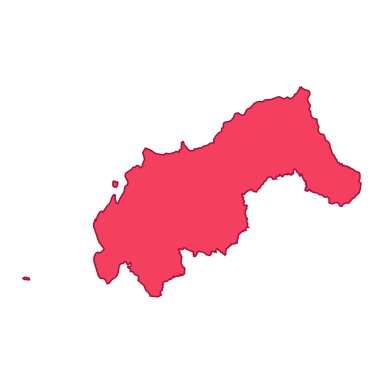 the district of Thung Wa, Satun, Thailand
{"feature_id": "78962969B89746829348507", "entity_name": "Thung Wa", "entity_type": "district", "adm_level": 2, "iso_a3": "THA", "parent_name": "Thailand", "parent_adm1": "Satun", "projection": "robinson", "projection_center": [99.848, 7.08], "detail": "fine", "context": "isolated", "style": "filled", "palette": "rose", "viewbox_px": 384, "rotation_deg": 0, "n_neighbors": 0, "source": "geoboundaries", "source_scale": "gbopen_adm2", "svg_char_len": 6071}
<svg xmlns="http://www.w3.org/2000/svg" viewBox="0 0 384 384"><path d="M361.0,183.3L358.8,181.3L358.9,180.5L359.8,179.3L359.9,175.8L360.0,174.7L359.2,172.6L355.9,171.4L352.4,169.0L350.3,168.1L349.6,167.2L347.9,167.6L347.7,166.6L346.9,166.1L345.9,166.3L344.5,165.9L344.2,165.4L342.9,166.1L341.9,163.6L341.3,164.1L341.0,163.5L341.0,164.1L340.1,164.8L339.3,162.8L338.9,163.1L337.3,161.8L336.5,159.2L335.5,158.7L334.9,157.6L334.9,156.6L334.0,155.8L333.7,154.7L332.4,154.0L331.0,149.2L330.2,148.2L329.8,144.3L328.6,142.1L325.3,139.7L324.9,137.2L323.7,134.6L320.3,133.8L318.7,132.2L318.1,129.7L318.9,126.8L317.4,123.9L316.9,121.3L317.0,119.3L313.4,118.3L312.0,117.2L310.8,115.2L310.7,111.5L308.9,109.3L310.5,105.6L308.1,101.6L307.5,98.9L309.8,94.4L309.9,93.3L309.4,91.7L308.6,90.8L302.9,88.9L301.5,87.2L301.2,87.7L299.7,87.4L299.3,89.4L298.6,90.0L296.6,93.7L295.0,94.1L293.7,96.6L291.3,98.5L289.2,98.4L288.4,97.5L287.2,97.1L284.7,98.7L283.7,98.8L279.9,97.0L278.3,96.8L270.9,99.6L265.2,99.9L262.8,101.6L258.2,101.6L254.6,103.2L250.2,107.9L247.5,109.1L246.2,110.6L244.4,114.7L243.9,115.0L241.3,115.1L238.0,112.9L235.3,113.5L234.4,114.7L233.5,117.5L231.2,120.5L228.9,121.5L225.0,122.2L223.8,123.0L223.2,125.1L223.4,127.0L221.7,128.4L221.3,131.8L219.2,132.5L215.5,136.3L214.7,138.4L213.8,139.2L214.0,142.9L210.5,143.1L207.3,145.3L202.6,146.7L201.6,148.2L199.2,147.9L196.2,149.1L194.8,148.7L193.2,150.7L189.8,150.8L187.3,148.5L185.8,146.5L184.3,145.5L183.9,143.2L183.3,141.7L182.7,141.6L181.4,142.8L181.3,143.9L181.7,144.8L181.1,146.9L181.7,147.9L181.1,149.3L179.1,150.2L179.3,152.0L175.9,151.5L174.2,152.6L169.1,153.9L165.9,153.3L163.6,154.9L155.9,153.7L150.2,149.9L145.4,148.1L142.8,152.6L144.5,158.6L144.3,160.1L142.6,163.8L142.1,166.7L141.0,167.8L138.4,165.6L136.6,165.6L135.0,167.3L133.6,167.2L132.5,167.8L132.2,168.9L126.1,173.0L125.3,174.3L125.1,176.1L128.0,182.1L127.6,184.8L126.1,185.4L124.8,187.3L123.9,192.6L123.0,193.4L121.1,196.6L118.7,201.2L117.9,203.6L116.4,203.2L115.0,197.6L115.4,195.6L115.1,195.1L113.7,194.7L112.0,197.3L110.5,201.9L109.1,204.1L107.1,205.9L103.0,212.2L102.0,211.3L101.1,211.2L99.5,212.5L97.7,215.7L95.8,220.7L95.2,219.6L93.6,223.9L93.7,226.6L98.9,241.8L102.2,246.5L103.3,247.2L104.0,249.0L103.5,249.9L100.5,252.6L99.1,253.0L98.7,252.4L97.3,252.3L95.7,253.5L94.8,255.2L93.9,258.0L94.1,261.8L98.5,276.0L98.9,276.1L98.6,275.4L99.0,276.1L100.0,278.0L101.2,278.6L103.5,278.5L104.8,279.3L107.1,282.9L107.1,283.7L109.0,283.2L112.0,279.6L114.9,277.7L116.9,275.7L118.2,272.5L119.2,265.9L120.3,264.1L123.5,263.1L125.2,261.6L125.9,261.8L127.0,264.0L127.8,264.6L129.1,264.1L130.0,262.8L130.7,262.8L131.2,263.9L130.7,266.2L130.1,266.6L128.1,266.2L127.7,266.8L127.8,267.5L130.2,268.9L130.4,271.5L132.8,271.7L134.8,274.6L137.5,275.5L138.2,276.1L138.6,278.3L138.0,280.3L143.8,285.3L145.8,290.0L149.7,294.1L150.1,296.0L158.1,296.8L161.4,294.9L161.2,294.3L160.2,293.7L160.5,292.8L160.4,291.5L162.1,290.5L162.4,288.8L162.2,288.2L163.1,286.9L162.5,285.1L163.2,284.5L162.9,283.4L163.1,282.3L166.0,281.2L166.6,281.5L169.6,279.1L170.3,279.3L171.6,278.8L172.5,277.6L173.9,277.3L173.9,276.6L174.4,277.0L177.4,275.9L178.4,276.4L179.7,275.7L179.8,274.9L180.4,275.2L180.5,274.6L181.1,274.7L181.4,275.3L181.9,274.6L182.7,275.1L184.6,273.6L184.3,272.0L184.8,270.0L184.6,268.1L183.9,267.2L182.8,266.8L181.2,263.6L181.0,262.3L181.8,256.9L180.5,254.2L179.4,253.8L180.1,252.0L178.4,249.5L179.3,249.7L179.8,248.8L182.2,249.7L183.0,249.2L183.9,247.8L185.5,248.1L186.4,249.3L188.3,249.7L190.5,251.0L193.2,251.8L193.3,254.2L194.1,254.7L193.5,255.9L195.1,256.6L197.1,253.7L197.1,252.7L199.1,251.1L200.0,251.8L202.3,251.9L204.3,252.8L205.9,253.9L206.5,254.9L207.2,254.7L209.8,255.6L211.1,254.2L211.1,252.3L211.9,252.0L211.8,251.3L216.1,252.4L215.5,250.3L216.6,249.7L217.1,248.6L218.8,250.4L220.1,250.9L221.0,252.4L221.9,252.2L223.4,254.0L224.7,254.4L225.0,255.1L225.4,254.6L225.3,254.2L225.9,253.9L225.6,252.7L226.3,248.7L228.5,247.5L228.7,246.3L230.9,245.4L231.1,243.9L234.7,243.9L235.7,243.0L237.1,243.1L237.3,242.1L237.0,240.6L237.3,240.4L237.2,239.6L238.2,238.5L237.7,237.0L238.6,235.9L238.7,233.8L239.8,233.8L240.7,232.5L242.1,231.6L243.3,231.4L243.4,230.5L245.1,230.7L246.1,230.3L245.7,229.0L246.4,227.7L247.4,227.2L248.3,227.3L247.4,226.3L247.7,223.5L247.0,222.6L246.6,220.5L247.4,219.3L247.2,218.5L245.9,216.9L245.9,215.3L244.9,213.8L245.4,212.2L245.5,210.0L246.8,208.8L246.6,208.0L247.1,205.9L246.6,205.1L244.3,205.4L243.7,204.3L243.4,202.9L244.2,202.6L244.3,201.6L243.1,198.9L243.5,197.1L241.9,196.2L242.2,193.9L242.9,194.7L244.3,194.5L245.4,192.9L247.9,190.9L251.8,189.1L252.3,190.2L253.5,191.4L256.4,192.0L258.6,188.4L260.1,188.0L261.3,185.2L263.2,184.0L264.3,181.6L265.7,181.0L268.0,177.3L270.9,176.9L271.8,177.5L272.7,179.1L275.0,179.1L275.5,178.5L276.4,178.7L276.0,178.1L276.0,176.6L276.8,176.1L277.9,176.6L279.3,175.7L279.8,174.4L281.9,176.7L282.6,176.0L283.2,176.2L284.1,174.6L286.3,174.1L287.3,174.6L287.5,174.1L288.1,174.1L288.3,173.4L289.2,173.7L290.0,174.8L291.7,174.9L291.8,174.0L293.4,173.6L293.2,171.8L294.1,169.2L295.9,169.5L296.5,171.9L297.8,172.4L299.9,176.1L301.1,175.2L301.1,174.1L301.9,174.4L302.5,177.6L303.9,179.3L304.1,180.5L304.5,181.2L305.8,181.3L305.6,183.2L306.1,183.4L305.7,184.3L306.3,184.4L306.6,185.6L306.2,186.2L306.6,186.7L306.2,186.7L306.3,187.5L305.5,187.9L305.1,190.4L307.1,191.2L307.8,191.0L307.7,190.4L308.4,190.0L309.1,190.2L309.3,189.6L310.2,189.5L310.9,190.9L311.4,191.0L311.3,191.5L312.1,191.4L313.1,192.3L317.2,192.9L319.8,194.8L321.9,194.8L324.5,197.0L325.6,197.2L327.2,196.5L329.2,199.0L329.0,202.1L329.4,203.1L332.6,203.8L334.8,202.7L337.1,202.6L338.7,203.6L339.9,206.0L341.3,206.4L342.2,206.0L343.1,204.3L345.0,203.3L346.9,202.9L348.3,203.1L349.3,202.7L352.3,198.8L355.0,197.2L355.5,196.1L359.0,192.9L360.3,189.2L361.0,183.3ZM114.6,181.2L113.5,181.2L113.0,181.7L112.9,185.7L114.3,187.0L116.4,187.1L117.2,186.2L117.7,184.2L117.7,182.3L117.1,181.8L115.7,182.3L114.6,181.2ZM28.1,277.7L24.4,277.3L23.0,278.4L24.4,279.5L27.0,279.5L28.4,280.0L29.5,279.6L29.2,278.4L28.1,277.7Z" fill="#f43f5e" stroke="#9f1239" stroke-width="1.5"/></svg>